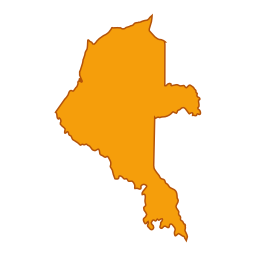 SVG path tracing the border of Vaupés
{"feature_id": "COL-1426", "entity_name": "Vaupés", "entity_type": "Commissiary", "adm_level": 1, "iso_a3": "COL", "parent_name": "Colombia", "parent_adm1": "", "projection": "equal_earth", "projection_center": [-70.34, 0.431], "detail": "fine", "context": "isolated", "style": "filled", "palette": "amber", "viewbox_px": 256, "rotation_deg": 0, "n_neighbors": 0, "source": "natural_earth", "source_scale": "10m", "svg_char_len": 5824}
<svg xmlns="http://www.w3.org/2000/svg" viewBox="0 0 256 256"><path d="M165.3,41.9L164.6,41.9L164.9,44.5L164.8,85.6L165.9,85.8L168.0,83.9L169.3,83.5L169.9,83.5L170.5,83.7L171.0,84.0L171.1,85.5L171.6,85.7L176.4,84.7L177.6,84.8L179.7,85.8L180.2,85.9L181.9,85.8L183.5,85.5L184.0,85.6L184.4,85.9L184.6,86.2L184.8,86.5L185.0,86.8L186.0,87.6L186.5,87.7L188.9,85.4L189.7,85.1L190.5,85.3L193.0,87.0L193.7,87.7L194.5,89.1L195.4,89.9L195.8,90.4L195.9,91.0L196.0,91.8L196.1,92.5L197.2,93.4L196.9,95.8L197.7,96.9L198.9,97.5L199.5,98.0L199.8,98.5L199.8,99.4L199.4,99.8L198.9,99.9L198.6,100.1L198.5,101.5L199.0,104.5L199.0,106.1L198.7,106.8L198.2,107.3L197.8,107.9L198.0,108.8L198.4,109.3L199.4,110.0L199.8,110.5L200.4,112.0L200.5,113.2L200.2,114.1L199.3,114.5L198.8,114.4L197.9,113.9L197.4,113.9L197.0,114.3L196.5,115.3L196.1,115.6L195.3,115.7L193.5,115.3L192.6,115.4L192.8,113.5L192.3,112.8L191.4,112.8L190.3,113.2L189.3,113.8L189.0,113.6L185.4,108.8L184.5,108.0L183.5,107.6L182.2,107.8L181.2,108.4L179.6,109.8L178.7,110.0L177.7,110.6L177.2,112.0L176.4,113.2L174.8,112.7L173.4,111.9L172.7,112.0L170.7,114.0L169.0,115.2L167.1,116.1L165.1,116.7L161.6,117.0L160.7,117.3L159.7,117.6L158.5,117.2L157.4,117.3L156.3,117.9L155.4,118.3L154.7,117.4L153.8,160.4L153.7,165.5L154.0,167.9L154.5,169.3L156.5,172.3L159.0,175.4L160.2,177.7L160.7,178.3L161.6,178.8L163.6,179.4L164.5,180.1L164.8,180.7L165.3,182.2L165.6,182.9L166.1,183.4L167.3,184.1L167.8,184.6L169.3,186.8L170.1,187.6L174.1,189.6L174.9,190.2L175.8,191.2L176.4,192.4L176.8,193.8L177.0,195.3L177.1,197.3L177.2,198.0L177.4,198.6L177.8,199.1L178.0,199.7L178.2,200.5L177.9,202.1L176.3,205.3L176.0,206.5L176.5,208.1L178.4,211.0L178.8,211.9L178.6,213.7L178.7,214.3L179.2,215.3L179.5,215.7L179.9,215.9L180.2,216.3L180.5,217.0L180.6,217.8L180.5,218.5L180.4,219.1L180.8,220.1L181.2,220.5L182.3,221.1L182.7,221.5L183.8,223.7L184.1,224.0L184.6,224.1L184.9,224.3L185.1,224.6L185.3,225.1L185.1,225.2L185.4,227.8L185.3,228.5L185.0,229.9L185.0,230.7L186.9,234.8L187.4,236.8L186.3,240.6L184.7,238.0L184.4,237.1L184.1,236.6L183.6,236.3L183.4,236.2L182.7,236.1L179.2,233.8L178.4,233.6L175.8,235.7L175.3,235.8L174.9,235.3L174.5,234.1L174.4,232.8L174.6,231.6L175.0,230.6L175.2,229.4L174.9,228.2L174.3,227.2L172.3,224.7L171.6,224.2L170.8,224.0L170.0,224.3L169.6,225.0L169.2,226.8L168.7,227.5L167.6,227.5L165.4,226.2L164.1,226.3L163.4,226.9L162.6,227.7L161.8,228.3L160.8,228.2L160.0,227.4L160.0,226.5L160.7,224.4L160.7,223.9L160.7,223.0L160.8,222.6L161.1,222.1L161.7,221.4L161.9,221.1L162.3,220.2L162.5,219.4L162.2,218.8L161.1,218.9L160.3,219.3L159.6,219.9L158.8,220.2L157.3,219.1L156.8,219.6L156.3,220.4L155.7,220.9L155.4,220.9L155.2,220.9L154.8,220.7L153.8,220.0L153.2,220.0L152.4,220.6L151.2,222.8L151.9,224.3L153.2,225.7L153.7,227.5L153.3,228.7L152.4,229.5L151.4,229.7L150.4,229.3L148.0,226.7L147.6,226.1L147.6,225.2L148.3,223.4L148.4,222.4L148.1,221.5L147.4,221.9L146.2,223.5L145.2,223.7L144.4,222.7L143.7,221.3L143.4,220.0L143.5,218.9L144.1,218.1L145.6,216.8L146.7,214.5L145.7,212.4L144.1,210.2L143.7,207.8L144.2,206.9L145.0,206.3L145.6,205.6L145.7,204.6L145.2,202.5L145.0,201.4L145.0,200.2L145.3,197.6L145.3,196.2L145.1,195.1L144.3,194.2L143.5,194.3L142.7,194.6L142.2,194.6L142.1,193.1L143.1,191.2L146.3,187.2L146.7,186.4L146.5,185.6L145.4,184.8L144.3,184.4L143.3,184.4L142.4,184.7L141.4,185.5L140.9,186.3L141.0,188.1L140.6,188.9L139.7,189.1L137.1,188.3L134.9,188.5L134.7,187.9L134.8,186.8L134.8,185.7L134.5,184.5L133.9,183.2L133.1,182.1L132.3,181.3L131.5,181.1L129.0,181.3L128.2,180.9L127.2,179.3L126.5,178.7L126.0,178.7L124.8,179.0L124.3,178.9L123.7,178.6L122.3,177.0L121.4,176.4L120.3,175.9L119.3,176.0L118.8,177.2L118.6,178.2L118.0,178.8L117.2,179.0L115.4,178.9L114.9,178.7L114.7,178.1L113.4,174.6L112.3,170.1L110.4,166.9L110.3,166.1L110.6,165.3L110.8,164.1L110.8,162.9L110.6,161.8L110.2,160.8L108.7,157.9L108.1,157.0L107.5,156.5L106.8,156.5L105.8,157.1L105.2,157.2L104.3,156.9L102.4,155.6L101.4,155.2L100.3,154.5L99.8,153.4L99.4,150.6L98.6,149.2L97.6,149.3L95.5,150.5L94.7,150.6L93.9,150.4L93.1,150.1L92.3,149.6L89.6,146.1L87.9,145.3L86.7,144.3L86.2,144.1L84.6,144.7L84.1,144.8L83.6,144.7L82.8,144.3L82.3,144.3L81.5,144.6L80.9,145.0L80.3,145.1L77.8,142.8L72.8,139.6L72.2,138.7L71.2,136.3L70.6,135.7L69.4,135.2L68.8,134.3L68.5,133.1L67.9,131.9L67.2,131.7L65.6,133.1L64.9,133.1L64.6,132.2L64.8,131.1L65.0,129.9L65.1,128.9L64.0,127.6L62.0,126.0L60.4,124.2L60.4,122.7L60.9,121.7L60.9,120.7L60.6,119.6L60.1,118.7L59.2,117.9L58.8,118.2L58.7,118.8L58.3,119.0L57.5,118.2L57.1,117.0L56.8,114.3L56.3,112.8L55.5,112.3L64.9,99.0L66.4,97.4L67.9,95.2L68.3,94.3L68.7,93.1L69.4,91.5L70.1,90.8L71.0,90.5L71.8,90.7L72.5,91.0L73.0,91.1L73.6,90.8L75.8,87.7L76.8,86.7L77.3,85.7L77.9,84.1L78.0,83.4L77.9,82.7L78.0,82.0L78.2,81.4L78.5,81.1L79.3,81.2L79.4,80.8L79.3,80.1L79.3,79.1L79.6,78.8L80.0,78.7L80.2,79.0L80.3,79.5L80.4,80.4L80.5,81.1L80.9,81.8L81.5,82.1L82.0,81.8L82.2,81.2L81.9,80.4L81.5,79.6L81.1,78.7L80.5,77.3L80.3,76.7L79.6,75.0L79.7,74.1L79.6,72.6L79.7,71.9L79.7,71.3L80.2,70.8L82.5,63.4L82.9,61.5L83.1,59.8L83.7,58.3L84.8,55.0L85.2,52.7L85.6,51.6L87.0,49.2L87.3,47.8L87.5,45.9L87.8,40.2L88.5,40.0L90.0,41.5L91.7,42.3L92.7,43.8L93.2,44.0L94.1,44.2L95.0,43.4L96.0,42.3L96.9,41.0L99.3,38.6L103.4,35.7L106.0,34.4L107.7,33.2L108.9,32.1L111.0,29.4L111.7,27.9L112.1,27.7L112.5,27.7L112.9,27.9L117.5,27.7L119.4,27.9L120.1,27.7L120.6,28.0L121.2,28.2L121.7,28.6L122.2,28.8L122.9,28.9L123.7,28.8L124.6,28.6L126.1,27.5L129.4,26.5L130.5,25.9L132.4,25.4L133.0,25.0L133.5,24.5L134.3,23.6L135.1,23.0L137.1,22.6L138.0,22.6L138.5,22.3L139.4,22.3L140.4,22.1L142.1,21.3L144.4,20.6L147.3,20.1L148.1,19.5L148.8,18.9L149.9,17.4L152.1,15.4L151.9,18.2L151.4,21.7L149.3,28.8L149.2,29.9L149.5,31.0L154.9,36.9L157.4,38.7L158.9,39.4L161.3,39.7L163.5,40.6L165.1,41.7L165.3,41.9Z" fill="#f59e0b" stroke="#b45309" stroke-width="1.5"/></svg>